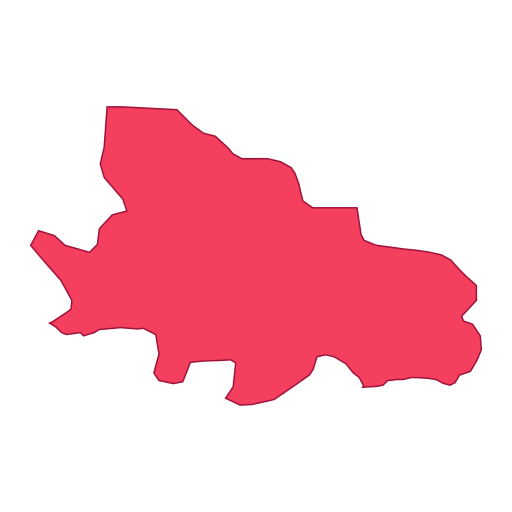 Pocheon-si, Gyeonggi, South Korea (orthographic projection), rotated 270°
{"feature_id": "91817680B75483661313195", "entity_name": "Pocheon-si", "entity_type": "district", "adm_level": 2, "iso_a3": "KOR", "parent_name": "South Korea", "parent_adm1": "Gyeonggi", "projection": "orthographic", "projection_center": [127.227, 37.957], "detail": "fine", "context": "isolated", "style": "filled", "palette": "rose", "viewbox_px": 512, "rotation_deg": 270, "n_neighbors": 0, "source": "geoboundaries", "source_scale": "gbopen_adm2", "svg_char_len": 1494}
<svg xmlns="http://www.w3.org/2000/svg" viewBox="0 0 512 512"><g transform="rotate(270 256 256)"><path d="M405.1,107.1L364.8,104.2L348.1,100.3L334.4,104.3L312.8,122.9L301.0,126.9L297.1,112.2L283.3,99.4L267.6,97.4L259.7,89.6L266.6,65.1L276.4,54.3L281.3,38.6L266.6,30.7L253.8,41.5L231.3,61.1L211.6,71.9L202.8,71.0L197.9,64.1L190.1,52.3L188.9,49.6L185.0,55.9L179.4,61.6L177.5,66.6L179.4,80.4L176.2,83.6L179.4,94.2L182.5,99.3L184.4,120.6L183.1,137.0L183.7,143.3L177.4,155.8L157.9,159.0L148.5,156.4L139.1,153.9L131.5,158.9L128.4,173.4L130.3,182.8L149.7,190.4L151.0,203.6L151.6,220.6L152.2,230.7L149.1,235.7L125.2,233.2L113.8,225.6L106.9,240.1L107.5,252.0L112.5,274.1L127.6,296.1L137.0,309.4L142.7,313.2L155.3,317.0L157.2,325.8L155.3,334.0L148.3,345.9L139.5,352.9L134.5,359.2L126.3,363.6L124.8,362.7L125.6,376.8L126.9,383.1L131.3,387.5L132.5,397.0L132.5,403.3L134.4,410.9L134.4,417.2L133.8,427.3L132.5,436.1L128.7,443.1L126.8,450.0L129.3,455.0L136.9,459.5L140.6,470.4L149.8,475.8L152.4,477.3L162.3,481.3L176.1,480.3L187.9,472.4L190.9,463.5L195.8,461.6L211.6,476.4L226.4,476.4L236.3,465.5L242.2,459.6L252.0,450.7L256.6,442.4L257.0,441.8L259.9,429.0L261.9,415.2L262.9,404.4L266.8,375.8L271.7,364.0L277.6,361.0L304.2,357.0L304.2,312.7L311.0,302.9L318.9,300.9L327.8,298.9L338.6,295.0L344.5,291.0L350.4,280.2L353.3,267.4L353.3,253.6L353.3,241.8L358.2,232.9L364.1,228.0L375.8,215.2L378.8,203.4L386.6,192.6L402.3,176.8L405.1,122.8L405.1,107.1Z" fill="#f43f5e" stroke="#9f1239" stroke-width="1.5"/></g></svg>